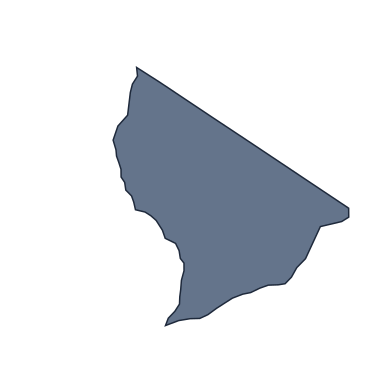 the district of São José da Coroa Grande, Pernambuco, Brazil, rotated 49°
{"feature_id": "56859067B47243244758303", "entity_name": "São José da Coroa Grande", "entity_type": "district", "adm_level": 2, "iso_a3": "BRA", "parent_name": "Brazil", "parent_adm1": "Pernambuco", "projection": "equal_earth", "projection_center": [-35.181, -8.871], "detail": "fine", "context": "isolated", "style": "filled", "palette": "slate", "viewbox_px": 384, "rotation_deg": 49, "n_neighbors": 0, "source": "geoboundaries", "source_scale": "gbopen_adm2", "svg_char_len": 855}
<svg xmlns="http://www.w3.org/2000/svg" viewBox="0 0 384 384"><g transform="rotate(49 192 192)"><path d="M312.5,98.4L313.8,90.2L307.0,84.4L196.7,114.5L148.6,127.8L87.8,144.4L61.7,152.1L68.8,157.1L71.5,166.2L76.4,173.2L91.8,190.2L93.6,204.6L101.1,217.5L110.3,221.7L115.4,225.4L121.6,227.8L128.3,230.7L134.2,235.7L140.6,236.5L147.1,240.7L155.3,240.2L161.4,242.6L168.3,246.3L176.3,240.6L183.0,238.6L190.0,237.7L201.4,239.4L209.4,242.6L220.0,238.1L227.8,240.2L234.5,244.4L240.4,244.7L246.2,249.7L251.7,257.9L258.2,264.5L263.1,270.0L268.4,275.0L270.8,283.2L271.7,292.7L275.4,299.6L280.3,286.4L286.4,276.5L292.5,269.1L295.0,260.5L295.9,249.7L297.2,240.7L298.6,231.2L302.4,220.7L306.4,213.7L309.1,203.8L312.3,195.6L318.7,187.7L322.3,181.9L321.5,172.8L317.8,162.5L316.8,150.1L302.3,117.8L312.5,98.4Z" fill="#64748b" stroke="#1e293b" stroke-width="1.5"/></g></svg>